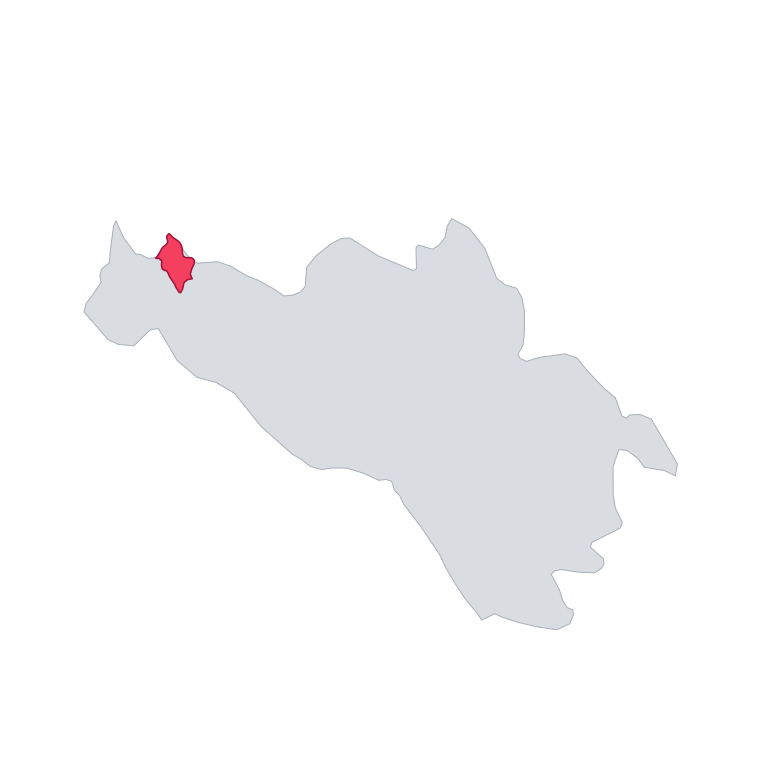 Slovenia, with Ormož highlighted, rotated 227°
{"feature_id": "SVN-1047", "entity_name": "Ormož", "entity_type": "Municipality", "adm_level": 1, "iso_a3": "SVN", "parent_name": "Slovenia", "parent_adm1": "", "projection": "robinson", "projection_center": [16.169, 46.439], "detail": "fine", "context": "in_parent", "style": "filled", "palette": "rose", "viewbox_px": 768, "rotation_deg": 227, "n_neighbors": 0, "source": "natural_earth", "source_scale": "10m", "svg_char_len": 2484}
<svg xmlns="http://www.w3.org/2000/svg" viewBox="0 0 768 768"><g transform="rotate(227 384 384)"><path d="M686.0,299.3L669.0,293.4L648.5,291.0L644.7,294.2L636.5,297.4L632.3,303.1L635.5,325.8L630.5,329.7L607.2,327.5L599.5,330.1L586.9,345.8L573.9,352.5L557.4,357.2L545.2,362.9L529.8,367.9L516.6,370.9L511.4,377.8L508.2,385.4L509.0,392.8L522.3,407.3L524.1,422.8L522.6,441.7L519.5,451.9L514.2,458.6L481.2,467.3L447.0,482.8L446.2,486.4L461.7,500.2L462.3,503.7L449.4,511.5L448.1,519.4L449.5,528.5L456.3,537.9L458.8,546.4L439.9,552.5L414.4,550.3L384.3,538.5L373.8,540.2L363.5,546.3L353.1,543.7L341.6,536.5L325.5,521.4L317.6,512.1L314.4,502.3L310.0,500.9L303.3,503.7L297.6,515.7L282.4,537.1L271.2,542.9L254.4,541.7L230.8,542.0L216.2,543.8L198.3,536.2L193.9,537.7L193.8,542.6L187.1,550.5L176.0,555.6L125.2,544.0L118.1,534.4L129.6,529.9L145.7,517.5L156.6,518.9L169.9,516.3L175.8,511.0L167.5,495.3L146.6,476.0L135.5,468.6L120.1,463.8L117.5,458.6L126.4,428.1L123.9,423.7L106.3,425.2L102.2,422.0L100.8,416.7L102.1,409.4L114.1,397.6L127.5,387.0L131.1,381.1L130.7,376.5L113.8,371.9L103.7,367.1L95.6,365.4L90.1,368.1L86.0,365.1L82.0,356.3L86.3,342.9L101.7,330.6L118.1,319.6L132.4,311.6L140.6,308.2L144.7,294.4L153.1,295.9L169.9,296.6L188.6,299.7L206.1,303.5L221.4,308.4L253.6,313.5L282.9,316.5L291.7,319.3L298.9,319.1L307.8,323.3L313.1,320.1L317.0,314.6L333.0,308.0L347.8,299.5L358.2,288.6L364.0,280.0L374.2,273.9L385.0,272.2L394.9,269.1L436.4,265.1L479.1,268.3L499.5,262.3L516.3,251.8L540.8,248.9L542.1,248.7L578.7,256.8L581.5,252.1L583.1,250.0L582.4,227.2L594.0,216.8L604.7,212.4L641.2,213.8L646.0,220.8L647.9,231.7L651.2,246.3L657.3,250.3L660.7,256.0L660.0,266.1L667.2,273.6L684.0,294.0L686.0,299.3Z" fill="#d9dde1" stroke="#a8b0b8" stroke-width="1"/><path d="M631.8,302.9L631.7,304.4L632.4,307.6L634.7,314.2L634.9,316.2L634.5,320.0L635.0,322.0L636.2,323.2L639.5,325.1L640.4,326.2L640.6,328.3L640.7,328.9L639.8,329.6L635.4,329.6L628.5,331.0L626.9,331.1L623.7,330.4L620.9,329.0L616.3,325.2L614.4,324.5L612.1,324.9L610.5,326.3L609.0,328.2L607.2,329.5L604.9,329.8L603.8,329.6L601.3,326.9L599.4,322.2L596.5,317.3L591.8,315.5L594.3,311.4L594.5,306.8L590.8,301.5L589.5,297.5L590.7,296.6L596.7,297.8L599.8,298.9L608.6,300.3L613.0,301.9L615.2,302.0L616.1,301.8L616.7,300.9L619.6,300.3L622.0,301.8L623.6,303.1L625.6,305.6L626.0,305.8L626.5,305.6L627.2,305.0L628.5,305.4L629.4,305.2L629.9,304.6L630.4,303.8L631.2,303.2L631.7,302.9L631.8,302.9Z" fill="#f43f5e" stroke="#9f1239" stroke-width="1.5"/></g></svg>